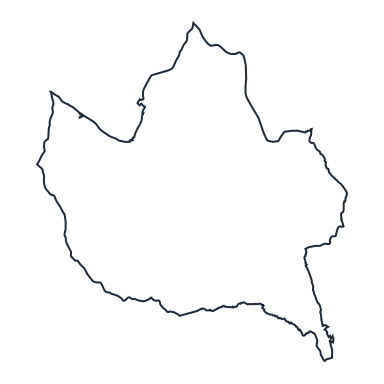 outline of Bello, Antioquia, Colombia
{"feature_id": "7082276B79272217078231", "entity_name": "Bello", "entity_type": "district", "adm_level": 2, "iso_a3": "COL", "parent_name": "Colombia", "parent_adm1": "Antioquia", "projection": "robinson", "projection_center": [-75.562, 6.361], "detail": "fine", "context": "isolated", "style": "outline", "palette": "slate", "viewbox_px": 384, "rotation_deg": 0, "n_neighbors": 0, "source": "geoboundaries", "source_scale": "gbopen_adm2", "svg_char_len": 5985}
<svg xmlns="http://www.w3.org/2000/svg" viewBox="0 0 384 384"><path d="M50.6,91.8L51.4,93.3L51.8,96.9L53.3,102.0L53.4,104.2L52.2,107.7L52.8,111.3L52.8,113.1L50.8,117.8L49.6,121.9L49.8,125.2L48.8,128.1L48.3,137.4L47.8,139.1L45.5,140.7L44.5,141.8L44.3,142.7L44.0,146.6L44.7,150.9L44.6,151.3L41.8,155.4L39.1,161.0L37.1,164.4L41.6,168.3L42.7,169.9L42.9,172.5L43.7,174.2L44.1,176.1L43.9,181.5L44.3,184.6L45.5,188.3L46.5,189.8L47.8,191.1L50.2,194.2L51.2,194.8L53.3,195.3L54.3,195.9L56.2,200.6L60.2,206.8L63.0,212.2L63.9,213.3L64.6,214.8L65.6,221.0L65.7,223.7L65.6,228.9L64.6,233.8L64.6,235.5L65.8,238.0L65.9,240.9L66.8,243.7L71.1,251.9L70.9,255.4L71.0,256.2L75.1,260.6L77.5,260.6L80.5,264.6L84.5,268.6L87.6,274.5L92.8,281.1L95.4,282.3L100.4,282.5L102.0,284.9L104.1,289.7L105.8,291.8L107.7,292.4L110.0,292.6L111.0,293.6L117.4,295.7L121.2,298.1L123.4,300.8L125.0,300.3L127.7,297.8L129.2,297.3L130.0,297.6L132.2,299.1L134.9,299.0L138.0,300.3L142.8,301.3L145.2,300.9L148.7,299.4L150.9,297.7L151.5,297.7L152.5,299.1L154.3,300.4L155.8,300.7L158.3,300.4L159.4,301.0L160.0,302.4L160.1,303.9L160.6,304.8L163.0,307.8L164.8,309.1L167.4,311.9L168.7,312.0L169.5,311.5L174.0,312.2L178.2,314.5L179.7,315.8L196.4,311.2L198.1,310.5L200.3,309.2L201.5,309.1L201.5,308.7L203.7,308.6L205.2,309.4L205.8,310.2L207.7,310.5L208.4,310.2L209.2,310.4L209.8,310.1L210.5,310.4L210.6,310.1L211.4,310.7L212.7,311.1L217.0,308.9L217.3,308.5L217.8,308.5L218.7,307.7L220.1,307.5L221.0,307.0L221.7,307.1L223.1,305.8L224.2,306.4L224.6,306.2L225.0,306.6L227.9,307.1L228.9,306.8L230.4,307.3L231.4,307.2L232.4,306.6L233.2,307.6L234.5,306.8L236.3,306.8L237.0,306.4L237.6,305.0L238.4,303.9L239.3,303.5L240.4,303.8L240.6,303.3L241.5,302.7L242.6,302.8L243.8,302.3L247.7,304.4L248.8,304.0L251.1,304.3L253.2,303.9L254.4,304.3L255.5,303.8L258.0,304.2L259.2,303.6L260.0,303.7L262.1,304.6L262.1,305.0L262.5,305.0L262.4,305.2L263.0,305.2L263.6,305.8L262.2,308.0L264.3,309.5L264.1,310.5L264.4,311.1L266.2,312.9L270.2,314.6L271.8,314.5L272.7,315.4L274.7,315.4L275.3,316.4L277.2,316.3L278.3,318.2L280.0,318.0L280.4,318.5L281.0,318.4L282.1,319.1L284.4,318.6L284.9,319.0L285.1,319.8L286.4,321.4L288.3,321.8L288.6,322.3L289.4,322.6L289.5,323.3L290.1,323.4L290.7,322.6L291.5,322.7L292.1,323.7L294.2,324.6L295.6,325.7L295.8,326.5L297.2,327.1L298.2,329.5L299.2,330.2L299.5,329.5L299.8,329.5L301.0,331.7L301.8,332.5L302.2,334.4L303.0,335.5L303.8,335.7L304.8,335.3L304.8,334.9L305.9,334.2L306.3,333.3L306.6,333.4L308.2,333.0L308.3,332.6L308.9,332.6L309.1,332.3L309.3,331.6L310.4,331.3L311.7,332.1L312.2,332.1L313.0,333.0L314.2,333.5L315.2,334.8L317.3,340.3L316.6,345.6L316.7,346.3L320.0,350.7L320.5,352.0L320.7,354.7L322.3,357.3L323.3,359.7L324.3,360.7L324.9,361.0L325.6,360.0L326.5,359.3L332.0,357.9L332.2,349.8L330.7,345.0L330.1,341.7L329.7,340.9L330.0,340.5L330.6,340.8L330.7,341.2L330.5,341.6L331.4,342.4L332.0,342.0L333.1,342.4L333.4,338.3L333.0,338.1L332.7,336.4L332.3,337.2L331.3,337.9L330.8,338.7L330.2,335.9L328.6,336.9L326.9,333.3L327.3,332.2L326.0,330.5L325.3,330.2L325.1,329.6L324.7,329.5L326.5,327.6L326.7,327.0L327.6,327.3L328.2,326.8L325.5,325.1L324.8,325.3L324.0,325.1L323.1,326.0L322.7,326.0L321.5,320.2L321.0,315.0L320.3,312.5L320.3,311.5L321.0,310.0L320.0,305.9L319.0,303.9L317.7,302.8L316.0,298.8L315.2,296.0L314.1,293.8L313.6,291.0L313.0,290.3L313.2,286.4L311.9,282.6L311.6,280.1L309.8,274.5L307.1,268.1L305.6,265.4L306.7,264.7L306.2,264.1L306.1,263.2L305.4,262.8L305.4,260.7L304.4,258.3L304.5,256.9L305.5,256.0L305.3,255.0L305.8,254.7L305.9,253.6L306.4,252.6L306.1,250.3L305.6,249.6L305.4,248.8L309.0,247.1L315.6,245.9L320.0,245.9L323.7,244.0L325.2,243.7L329.0,244.1L329.4,243.8L330.0,243.2L330.2,242.6L329.8,240.9L330.0,239.6L330.8,237.6L331.9,236.6L333.4,236.2L334.9,236.3L335.6,236.0L337.5,229.1L338.2,227.3L339.5,226.4L343.0,226.8L343.5,226.5L342.3,222.0L341.3,219.8L341.2,219.1L341.7,219.0L341.2,217.2L341.0,214.6L341.5,213.0L342.5,212.5L343.6,210.5L343.8,205.9L343.6,204.5L343.7,203.7L344.1,201.5L345.1,201.5L345.3,201.0L345.2,200.2L345.5,199.7L345.5,198.0L346.2,197.1L346.3,195.7L346.8,194.8L346.9,192.5L343.6,187.4L340.9,183.9L337.9,181.7L337.1,180.4L335.5,179.3L334.1,177.6L332.4,176.4L329.3,172.7L328.7,171.6L328.7,170.2L328.2,168.8L326.8,168.4L325.8,165.8L325.5,163.9L326.1,162.5L324.7,160.9L324.9,158.9L324.1,157.4L322.7,155.2L321.6,154.3L320.4,153.9L319.9,151.8L316.5,149.2L316.0,148.3L314.9,145.4L313.5,143.1L310.7,142.7L309.7,141.6L309.4,140.2L309.8,137.8L311.1,135.2L311.3,129.8L311.7,128.9L311.1,129.0L309.7,130.8L307.7,130.8L306.5,131.9L305.7,131.6L305.1,132.5L298.0,130.7L291.6,130.8L284.3,131.8L280.8,136.8L278.4,141.0L272.8,141.9L267.5,140.6L265.9,137.9L263.5,132.4L258.5,117.9L251.2,105.7L246.7,97.5L245.8,94.6L245.5,91.7L245.5,87.1L245.8,82.5L246.2,79.3L245.8,65.5L244.3,58.0L243.1,55.1L239.9,52.4L237.5,52.8L235.7,54.0L231.3,54.0L228.8,53.3L225.8,51.7L220.6,46.8L218.3,45.2L216.7,44.9L214.5,45.1L212.7,45.7L210.2,45.5L208.0,43.8L205.6,41.0L202.6,36.8L199.5,29.6L193.4,23.0L192.5,27.8L191.8,29.1L188.0,32.6L187.4,33.5L187.1,39.2L186.3,41.6L183.4,45.3L181.5,49.8L180.0,51.5L178.9,55.7L176.4,59.9L173.0,67.4L171.9,68.6L170.8,69.3L167.9,70.5L151.7,75.2L150.7,76.4L146.8,83.3L143.6,89.5L143.1,91.3L143.0,96.3L143.5,98.1L143.3,99.2L142.3,99.6L141.4,99.6L141.0,100.0L140.3,100.0L139.7,99.5L137.5,103.1L139.5,105.3L139.9,104.7L141.3,103.7L143.6,106.2L145.0,106.7L144.8,107.6L143.1,110.1L142.7,111.4L142.4,113.4L143.3,113.3L141.9,116.5L141.9,118.8L141.4,121.0L139.7,124.9L138.6,126.5L136.6,130.4L134.9,134.3L134.4,136.6L133.5,137.8L132.7,137.9L132.3,139.1L132.8,140.0L131.1,139.9L131.2,140.6L130.6,140.9L130.2,140.6L129.9,141.5L129.7,141.4L129.7,141.8L125.0,141.9L118.2,140.3L116.8,139.0L109.6,136.2L102.5,131.4L99.6,128.9L96.2,124.1L93.3,121.5L83.5,115.5L82.2,116.6L81.6,116.2L79.9,117.7L79.5,117.6L79.4,117.4L82.6,114.8L81.2,113.6L80.1,114.0L79.4,113.0L79.5,112.8L73.0,107.2L69.9,105.6L67.6,104.0L65.6,103.4L62.2,101.5L58.7,96.7L54.4,94.3L51.3,91.9L50.6,91.8Z" fill="none" stroke="#1e293b" stroke-width="2"/></svg>